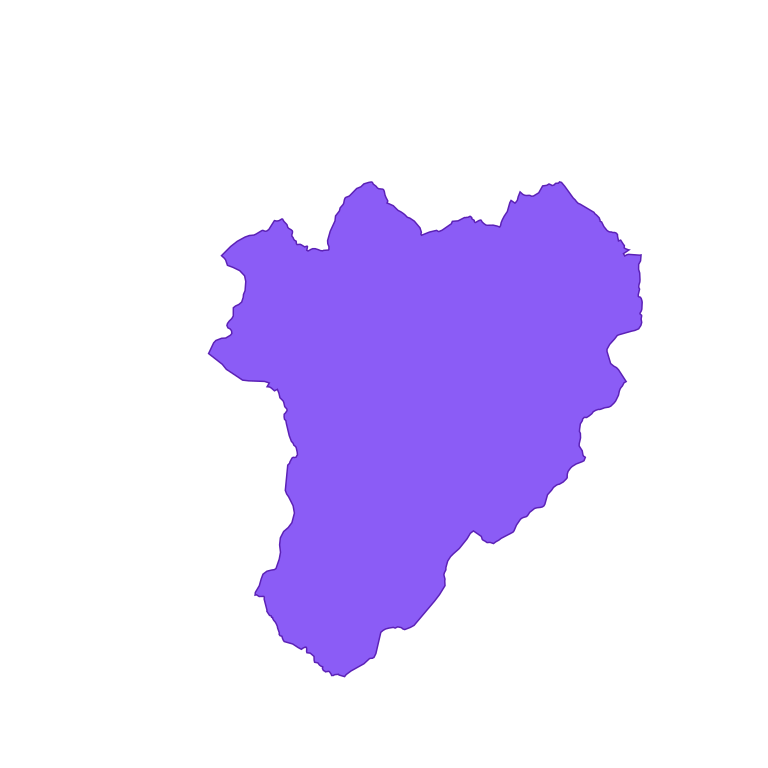 Barsana, Maramures, Romania, rotated 126°
{"feature_id": "2599482B92595055897081", "entity_name": "Barsana", "entity_type": "district", "adm_level": 2, "iso_a3": "ROU", "parent_name": "Romania", "parent_adm1": "Maramures", "projection": "equal_earth", "projection_center": [24.064, 47.813], "detail": "fine", "context": "isolated", "style": "filled", "palette": "violet", "viewbox_px": 768, "rotation_deg": 126, "n_neighbors": 0, "source": "geoboundaries", "source_scale": "gbopen_adm2", "svg_char_len": 6171}
<svg xmlns="http://www.w3.org/2000/svg" viewBox="0 0 768 768"><g transform="rotate(126 384 384)"><path d="M630.6,364.2L629.5,363.3L629.3,360.1L626.5,356.4L626.8,355.5L628.5,354.5L635.7,345.8L636.8,345.1L638.5,340.6L637.9,338.9L638.8,337.9L638.4,336.9L639.1,336.3L640.0,334.3L640.5,332.1L641.3,330.3L642.7,327.9L643.9,326.7L646.8,322.5L648.2,321.6L648.7,320.2L648.1,318.3L649.6,316.4L650.6,314.6L651.0,313.3L648.0,305.1L647.7,298.7L647.2,294.9L645.1,294.2L643.2,293.1L642.7,292.0L643.9,290.7L645.8,289.5L646.7,288.4L645.1,285.5L645.5,280.5L648.5,278.2L649.9,276.6L648.5,273.6L649.3,271.0L649.3,269.1L648.8,267.4L648.9,267.2L649.9,266.9L650.4,266.5L651.4,264.6L651.1,263.2L651.3,262.2L649.1,260.0L648.8,259.1L649.7,256.5L650.6,255.0L649.5,253.6L648.2,253.1L645.6,250.2L645.9,249.4L643.9,243.9L641.3,243.8L635.5,242.0L622.1,235.8L615.1,234.4L614.3,234.1L612.5,232.0L611.1,231.6L611.0,231.4L606.9,232.1L586.8,240.6L583.8,239.9L581.2,238.7L578.4,236.4L575.4,233.4L574.9,231.5L572.4,230.2L570.9,226.7L571.1,224.8L570.5,222.9L565.4,219.6L561.6,217.8L529.9,215.5L521.8,215.3L511.3,216.1L507.6,219.1L506.0,220.0L503.2,223.4L501.2,224.2L498.0,224.7L496.2,226.0L489.8,228.4L484.5,228.7L480.7,228.1L472.9,226.4L460.4,225.8L454.1,226.4L450.3,225.3L450.1,215.7L452.0,213.1L452.1,211.8L451.8,210.4L451.7,207.4L449.8,205.1L448.7,201.6L446.0,200.8L442.8,199.3L440.0,198.5L428.1,192.6L426.4,192.5L420.3,193.9L413.1,194.1L411.3,193.5L409.9,192.7L407.8,191.0L406.3,190.5L402.2,190.7L396.1,189.0L394.1,187.4L392.0,185.0L390.3,183.6L388.6,183.0L386.7,183.2L377.5,186.6L371.4,186.0L368.0,186.1L364.4,185.0L363.1,184.3L361.9,183.2L357.9,181.4L353.6,180.7L352.2,180.7L349.3,182.7L346.5,183.7L342.3,183.7L340.1,183.3L335.7,181.5L330.5,178.1L328.5,177.1L325.0,178.0L324.9,178.8L325.1,180.0L324.4,181.4L321.5,184.4L319.4,189.7L317.7,190.9L312.1,193.3L308.5,196.1L307.5,198.0L305.2,199.4L300.9,201.7L297.0,202.0L295.7,202.7L293.3,202.4L292.0,200.4L289.3,199.3L285.9,198.4L283.4,198.4L280.9,197.3L278.6,195.7L277.9,194.6L276.8,193.7L273.5,191.5L270.6,188.6L268.6,187.5L264.1,186.7L261.6,186.6L255.3,187.7L251.5,189.4L249.5,190.0L247.7,190.2L245.4,190.0L242.2,190.5L241.6,190.4L239.7,189.5L234.6,202.7L234.1,205.5L234.5,208.7L234.2,212.7L226.6,222.7L224.8,224.0L219.3,224.7L211.8,223.9L207.6,223.8L206.1,222.9L196.0,215.0L193.3,212.6L189.7,210.4L185.6,210.6L182.7,211.7L180.3,214.2L177.6,215.5L177.0,216.0L176.8,218.1L176.3,218.5L173.6,218.8L171.9,219.4L166.1,223.2L165.1,224.2L163.8,225.9L163.1,227.5L163.7,229.2L163.6,229.8L162.3,230.8L157.0,233.0L156.0,234.8L154.0,236.0L151.1,237.0L149.3,238.1L143.9,242.4L141.6,245.4L137.5,248.3L133.6,248.8L128.5,251.9L129.5,252.9L135.4,262.4L136.6,263.4L138.9,264.5L137.8,266.9L131.5,264.6L131.9,265.5L132.6,268.2L132.7,269.7L130.6,271.0L130.7,271.4L128.5,277.1L130.4,278.4L127.1,282.0L125.9,282.9L125.4,284.6L125.8,286.4L127.0,288.0L127.3,289.3L128.2,290.6L128.6,291.7L128.7,293.8L127.4,298.6L125.0,303.2L125.3,304.8L124.2,305.8L124.0,306.5L123.3,307.1L123.0,308.0L122.4,311.3L122.3,313.6L121.7,315.0L123.2,331.1L123.7,333.0L123.3,335.6L122.7,337.4L122.3,340.3L117.8,354.0L116.6,358.9L117.3,360.8L118.9,360.9L120.8,363.1L123.2,363.5L124.7,364.7L124.7,366.0L125.2,368.1L127.6,369.1L130.5,372.1L138.4,371.2L144.1,373.6L145.3,374.9L145.6,376.6L146.0,377.4L147.8,379.6L148.6,381.1L149.0,383.2L148.6,386.8L153.6,385.5L157.0,384.1L160.1,384.2L160.7,384.4L160.8,389.1L163.3,388.8L172.0,385.6L177.5,385.4L181.5,384.8L184.5,384.1L187.4,382.8L189.0,382.7L189.7,385.2L191.3,389.0L195.0,393.9L195.5,395.1L195.5,397.7L195.2,399.9L194.4,401.7L194.7,402.4L196.0,403.3L199.6,404.9L199.8,405.4L199.5,406.4L198.6,407.2L198.7,409.6L198.5,410.3L197.8,410.8L197.6,412.5L197.8,413.0L199.8,414.0L200.5,415.0L201.2,415.5L202.0,416.7L208.5,420.0L212.2,424.3L214.8,423.7L225.4,427.4L228.3,429.1L228.7,429.8L228.8,431.7L229.9,432.7L234.3,436.5L241.6,441.1L241.0,442.3L239.3,442.9L236.5,446.7L234.4,455.2L234.6,460.6L235.4,463.1L234.8,466.7L234.7,468.6L234.8,471.6L235.3,474.8L234.3,481.3L235.3,486.1L235.8,487.9L233.7,488.5L231.9,492.1L230.5,494.3L227.9,497.1L227.1,498.6L227.1,499.5L229.1,503.0L229.3,504.6L228.7,506.5L228.6,510.2L227.7,511.9L228.0,513.0L229.7,514.7L233.9,517.9L238.0,518.6L241.9,521.0L251.5,522.4L252.8,522.8L255.3,524.5L256.5,524.8L258.3,524.3L261.3,522.9L262.7,522.6L267.3,523.0L270.2,521.8L276.5,522.0L280.9,519.5L292.0,517.3L301.2,513.9L303.6,511.9L305.3,509.2L307.7,507.6L308.3,507.7L311.4,511.4L312.4,512.0L313.4,513.8L313.9,516.0L315.0,519.3L316.4,521.2L317.8,522.1L321.0,523.6L321.2,525.1L318.1,526.5L317.7,526.8L317.7,527.3L319.7,528.8L320.0,532.7L320.3,534.0L322.3,536.3L322.1,537.2L320.1,539.0L320.3,540.9L320.0,542.0L319.0,543.6L318.6,545.2L317.6,546.2L315.6,546.9L314.6,547.5L314.0,548.2L313.8,549.7L314.1,552.5L313.9,553.8L312.1,556.2L311.3,560.5L310.2,563.0L310.6,563.7L313.4,564.9L314.3,565.6L315.3,566.7L316.2,568.7L326.7,568.0L329.2,568.8L330.3,569.9L330.9,572.3L331.7,573.0L338.0,575.7L340.0,576.8L343.0,580.2L346.8,582.8L354.8,586.6L362.9,588.9L375.7,590.9L376.1,587.1L376.7,585.1L380.0,580.4L378.4,574.7L377.1,567.4L378.4,560.4L382.3,556.1L390.1,551.3L394.2,550.3L396.7,548.8L401.4,547.3L405.0,548.2L408.2,550.0L410.9,550.7L417.6,545.9L420.5,545.6L424.1,546.2L427.0,546.2L429.0,545.5L430.3,543.3L429.9,541.0L430.5,538.7L432.6,536.8L434.8,536.9L439.9,539.1L442.5,542.3L447.6,545.6L450.8,546.0L462.5,543.8L463.1,526.4L464.8,520.2L464.0,500.7L461.0,495.4L452.1,482.1L450.6,477.4L454.9,477.0L453.7,474.9L453.5,472.8L453.9,468.6L451.0,467.1L453.3,463.5L456.3,460.1L457.0,455.7L457.8,454.3L460.5,451.2L460.9,450.2L461.2,448.2L462.0,447.1L462.7,446.8L465.4,446.7L467.1,447.0L469.3,445.5L471.0,443.8L471.3,441.9L473.5,439.6L481.5,430.3L484.8,425.3L485.4,422.6L486.5,421.0L486.6,418.7L487.2,417.5L490.3,414.0L492.3,412.3L493.5,412.4L494.5,412.1L495.2,412.4L496.1,413.2L496.4,414.0L497.1,414.6L498.0,414.9L502.4,414.3L503.7,413.8L506.2,414.2L528.1,401.3L530.2,398.1L531.3,394.9L535.9,386.0L541.1,380.6L550.3,377.0L556.5,377.1L562.3,378.5L569.4,377.4L575.5,373.9L581.0,368.8L587.3,365.8L596.8,362.9L598.6,363.6L600.7,365.7L604.3,368.7L609.0,370.1L614.1,368.7L620.5,366.3L628.2,365.6L630.6,364.2Z" fill="#8b5cf6" stroke="#5b21b6" stroke-width="1.5"/></g></svg>